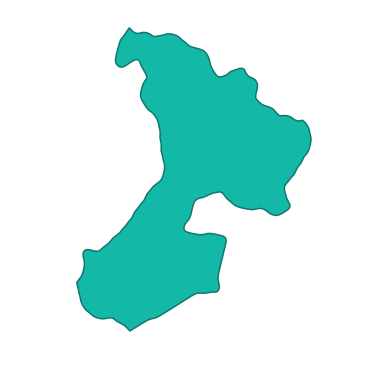 the district of Neyba, Bahoruco, Dominican Republic, rotated 13°
{"feature_id": "3306468B5748672743725", "entity_name": "Neyba", "entity_type": "district", "adm_level": 2, "iso_a3": "DOM", "parent_name": "Dominican Republic", "parent_adm1": "Bahoruco", "projection": "orthographic", "projection_center": [-71.416, 18.522], "detail": "fine", "context": "isolated", "style": "filled", "palette": "teal", "viewbox_px": 384, "rotation_deg": 13, "n_neighbors": 0, "source": "geoboundaries", "source_scale": "gbopen_adm2", "svg_char_len": 4672}
<svg xmlns="http://www.w3.org/2000/svg" viewBox="0 0 384 384"><g transform="rotate(13 192 192)"><path d="M283.6,97.2L280.9,98.5L279.2,99.0L278.3,99.0L276.6,98.8L275.0,98.2L271.9,96.9L269.2,96.3L267.4,96.3L265.6,96.5L261.8,97.7L260.4,97.9L259.5,97.7L258.0,97.0L253.5,93.7L251.8,92.8L250.9,92.5L248.1,91.9L242.4,91.4L240.5,90.9L239.7,90.6L238.1,89.8L234.6,87.7L233.4,86.5L232.9,85.7L232.6,84.9L232.3,83.0L232.2,75.9L231.9,73.9L231.7,72.9L231.4,72.0L230.4,70.5L229.2,69.2L228.4,68.7L226.8,67.9L222.4,66.9L220.7,66.3L220.0,65.8L218.1,64.3L215.8,61.3L215.2,60.8L214.5,60.5L213.7,60.3L212.1,60.4L210.6,60.9L203.2,65.4L201.4,67.2L199.7,69.8L198.5,70.9L195.1,72.9L193.7,73.5L193.0,73.7L192.1,73.7L191.3,73.6L189.7,72.9L188.3,71.8L186.2,69.8L184.2,67.6L182.3,65.3L181.3,63.7L179.3,59.4L177.7,57.0L176.4,55.4L175.0,54.0L173.4,52.8L172.6,52.3L170.8,51.5L168.9,51.2L166.9,51.0L160.1,50.8L157.2,50.4L155.5,49.8L151.6,47.6L148.3,46.1L144.4,44.0L143.6,43.6L141.8,43.1L139.9,42.8L136.9,42.7L135.0,42.9L133.1,43.3L131.4,43.9L128.3,45.7L126.7,46.4L121.3,48.7L119.8,48.9L118.4,48.7L116.2,47.8L114.6,47.3L112.8,47.1L110.9,47.1L109.1,47.3L108.2,47.6L105.2,49.0L103.6,49.6L102.7,49.8L100.9,49.8L100.0,49.6L98.4,48.9L94.0,46.3L92.4,49.8L90.9,54.2L88.9,58.1L88.3,59.9L88.1,60.9L87.8,63.0L87.6,66.2L87.4,76.1L87.5,78.2L87.7,80.3L88.3,82.3L88.7,83.1L89.8,84.5L91.2,85.5L92.0,85.9L92.9,86.2L93.7,86.3L95.1,86.2L95.7,86.0L97.3,85.2L98.7,84.0L104.3,78.1L106.3,76.4L107.8,75.6L108.4,75.5L109.8,75.5L111.0,76.0L111.5,76.5L113.3,79.2L114.3,80.6L119.8,86.7L120.9,88.0L121.8,89.4L122.2,91.0L121.9,92.5L120.5,96.1L120.1,97.8L119.8,100.6L119.7,104.3L119.8,107.1L120.0,108.9L120.6,110.7L121.4,112.3L123.1,114.5L125.1,116.5L127.8,119.1L129.9,120.9L131.4,121.9L135.6,123.8L137.8,125.3L140.6,127.9L141.8,129.3L142.8,130.7L147.1,139.6L147.6,141.4L148.6,146.0L149.2,147.7L151.0,151.7L151.5,153.5L152.3,157.2L152.8,159.0L155.3,163.7L156.7,167.1L158.4,170.2L159.2,171.8L159.9,174.6L160.2,178.5L160.0,183.4L159.7,185.4L159.1,187.2L158.7,188.1L157.6,189.7L154.4,193.5L153.2,195.1L152.3,196.7L151.2,199.2L149.1,203.1L148.5,204.8L147.5,209.4L147.0,211.2L144.6,215.9L143.2,219.3L140.8,223.9L140.3,225.7L139.5,229.4L139.0,231.2L136.6,235.9L135.2,239.3L132.6,243.9L131.5,246.4L130.6,248.1L125.1,255.1L123.1,259.3L122.0,261.0L117.7,266.3L115.8,269.2L114.6,270.3L113.1,271.0L111.4,271.4L105.0,271.4L103.3,271.6L101.7,272.1L101.0,272.7L100.5,273.4L100.1,274.1L99.9,275.0L99.8,275.8L99.9,277.6L100.4,279.3L102.4,283.1L103.0,284.8L103.6,287.6L103.9,292.6L103.7,295.6L103.3,298.4L102.7,300.2L100.1,305.9L101.0,308.2L103.0,312.0L104.4,315.4L106.5,319.3L108.0,322.6L108.9,324.3L110.0,326.0L112.1,328.2L114.3,330.2L116.0,331.3L119.4,332.8L122.5,334.5L124.1,335.2L126.0,335.7L127.9,335.9L130.8,336.0L133.7,335.6L135.5,335.1L138.5,333.7L140.1,333.1L141.9,332.8L143.7,333.0L145.2,333.6L147.5,334.7L149.2,335.3L153.8,336.4L155.6,337.0L157.2,337.8L162.8,341.3L173.4,330.8L177.1,327.3L178.7,326.1L180.4,325.0L184.6,323.0L186.2,321.8L188.5,319.8L192.9,315.5L214.2,294.1L216.5,292.0L218.0,290.7L219.7,289.6L221.5,288.9L227.0,287.8L228.7,287.2L232.7,285.5L237.6,284.2L238.3,283.9L239.0,283.3L239.5,282.6L239.8,281.8L240.1,280.2L240.1,279.3L239.8,277.5L239.2,275.9L237.3,272.0L236.7,270.1L236.3,267.1L236.2,264.0L236.2,258.7L236.5,234.6L236.2,231.8L235.6,230.1L235.0,229.4L234.3,228.8L232.6,228.1L230.7,227.9L226.7,227.8L221.5,228.0L218.5,228.4L217.5,228.6L215.7,229.3L211.8,231.2L209.8,231.7L206.8,232.1L200.5,232.4L196.6,232.2L194.8,231.8L194.0,231.4L193.2,230.8L192.7,230.1L192.4,229.3L192.2,228.5L192.1,227.6L192.2,225.9L192.7,224.1L194.7,220.3L195.3,218.6L195.6,217.6L195.9,215.6L196.0,213.5L196.0,206.2L196.2,203.1L196.5,201.2L196.9,200.3L197.8,198.7L198.4,198.1L199.7,196.9L201.3,196.0L203.7,194.9L205.3,193.9L211.6,189.0L213.2,188.1L217.8,186.1L219.3,185.7L220.1,185.6L221.0,185.8L221.8,186.1L223.3,187.1L226.9,190.1L228.5,191.2L231.8,192.8L234.9,194.5L236.5,195.3L238.5,195.8L240.5,196.1L245.7,196.3L251.0,196.1L254.0,195.8L255.9,195.2L260.6,193.1L262.5,192.6L264.3,192.5L266.2,192.7L268.0,193.2L271.8,195.1L273.5,195.7L276.3,196.1L278.2,196.1L279.2,195.9L280.1,195.6L281.9,194.7L283.4,193.6L284.9,192.3L288.3,188.9L289.5,187.5L290.3,186.0L290.6,185.2L290.7,184.3L290.6,183.4L290.3,182.6L289.3,181.1L285.7,176.8L284.7,175.1L281.5,168.9L281.1,167.1L281.1,165.3L281.3,164.4L281.9,162.8L283.5,159.8L285.0,156.5L287.5,151.8L288.0,150.0L289.0,145.4L289.6,143.7L291.5,139.8L292.0,138.0L292.8,134.3L293.3,132.5L295.6,127.8L296.1,126.0L296.5,123.1L296.6,119.1L296.4,116.2L296.0,113.3L295.3,111.5L293.3,107.6L292.2,105.1L291.2,103.4L290.0,101.9L287.8,99.8L286.1,98.6L283.6,97.2Z" fill="#14b8a6" stroke="#0f766e" stroke-width="1.5"/></g></svg>